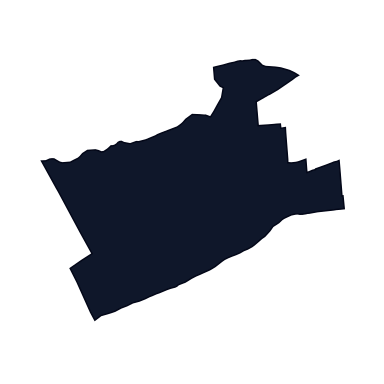 Mburucuyá, Corrientes, Argentina, rotated 7°
{"feature_id": "61730980B72186775994784", "entity_name": "Mburucuyá", "entity_type": "district", "adm_level": 2, "iso_a3": "ARG", "parent_name": "Argentina", "parent_adm1": "Corrientes", "projection": "robinson", "projection_center": [-58.145, -28.012], "detail": "fine", "context": "isolated", "style": "filled", "palette": "ink", "viewbox_px": 384, "rotation_deg": 7, "n_neighbors": 0, "source": "geoboundaries", "source_scale": "gbopen_adm2", "svg_char_len": 2515}
<svg xmlns="http://www.w3.org/2000/svg" viewBox="0 0 384 384"><g transform="rotate(7 192 192)"><path d="M345.1,190.0L342.3,177.4L341.3,177.7L336.0,151.8L334.1,142.8L332.2,144.0L329.3,145.0L327.8,145.9L321.6,149.2L311.8,154.1L311.6,154.8L309.0,155.8L305.9,157.6L303.8,158.7L303.2,156.6L301.0,145.6L297.1,147.6L294.1,149.1L291.7,150.0L287.0,151.1L284.5,151.2L283.5,151.3L283.0,148.0L281.8,142.0L279.6,131.2L277.6,121.2L276.8,116.7L272.4,118.0L271.6,114.8L271.4,113.8L267.6,114.5L265.0,115.1L260.2,116.1L249.6,118.1L244.7,94.6L247.5,92.5L255.7,86.3L257.1,85.5L264.9,79.5L277.9,68.0L280.6,65.3L283.4,63.2L279.9,61.6L278.1,60.9L275.0,59.9L274.2,59.6L271.4,59.1L268.2,58.6L265.2,58.1L262.0,58.0L261.0,58.0L259.0,58.0L257.4,58.1L253.4,58.3L249.8,58.5L246.3,57.7L243.9,55.8L241.6,54.0L238.8,52.9L235.9,53.2L233.3,54.2L229.5,54.9L228.6,55.0L225.9,55.9L224.0,55.9L221.3,56.7L218.3,58.1L213.5,59.7L207.4,62.3L201.1,64.6L198.3,65.7L200.7,77.3L202.1,78.7L207.0,83.5L210.4,84.6L209.9,94.8L206.5,103.0L204.0,109.3L201.2,115.3L196.1,114.1L194.7,114.3L190.2,114.5L182.8,115.1L177.0,120.6L174.8,123.9L174.0,124.9L173.4,125.6L171.9,127.1L169.5,129.3L154.8,137.1L150.7,139.4L150.1,139.9L149.1,140.7L139.7,146.0L133.0,148.6L130.6,148.8L124.8,151.7L118.4,151.3L115.7,150.4L114.0,150.8L112.6,151.8L111.5,153.4L109.8,154.9L108.0,155.8L106.0,156.1L104.5,158.0L102.9,159.8L99.5,162.7L97.1,163.3L94.2,162.4L91.0,162.0L83.2,163.5L78.8,167.2L76.6,170.5L75.0,172.3L70.9,175.0L67.6,177.3L59.8,178.9L57.1,178.6L53.7,177.2L51.0,176.0L48.9,176.2L46.8,176.7L43.2,178.9L38.9,179.6L56.9,204.5L59.6,208.1L85.7,245.1L100.4,265.4L90.9,273.3L80.4,282.7L88.9,295.4L106.0,323.7L111.2,331.1L116.7,325.7L123.3,322.9L126.2,321.6L130.1,319.7L135.8,315.7L141.3,312.8L146.7,309.2L152.9,306.7L158.5,303.6L162.6,300.9L164.9,299.7L168.9,297.3L171.6,296.0L174.6,294.3L178.8,291.9L182.4,290.1L184.9,289.1L186.7,288.4L188.4,287.3L189.8,285.7L194.2,283.3L196.0,282.4L198.2,280.7L201.9,277.7L206.1,274.8L210.1,272.5L212.5,271.0L216.7,268.5L219.0,267.1L221.0,265.6L224.0,263.2L228.2,259.0L230.3,256.9L232.5,254.9L235.7,252.8L239.4,250.7L243.1,248.8L247.0,246.5L250.4,243.9L254.2,241.8L258.2,238.9L260.3,236.9L264.7,232.1L266.9,229.6L269.6,227.2L271.6,224.4L274.0,221.0L276.5,216.3L279.3,214.0L281.9,211.8L284.5,208.6L286.3,207.0L288.6,205.5L291.2,203.9L293.3,202.6L297.1,201.3L299.3,200.8L301.9,200.9L304.5,200.5L307.7,199.6L309.2,199.0L310.9,198.7L318.9,196.2L334.7,192.5L337.4,191.7L341.7,190.8L345.1,190.0Z" fill="#0f172a" stroke="#020617" stroke-width="1.5"/></g></svg>